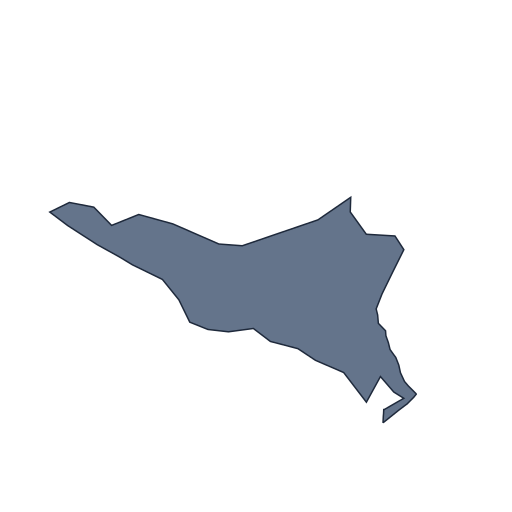 outline of Farmakas, Nicosia, Cyprus, rotated 296°
{"feature_id": "46923920B39374943744030", "entity_name": "Farmakas", "entity_type": "district", "adm_level": 2, "iso_a3": "CYP", "parent_name": "Cyprus", "parent_adm1": "Nicosia", "projection": "mercator", "projection_center": [33.141, 34.929], "detail": "fine", "context": "isolated", "style": "filled", "palette": "slate", "viewbox_px": 512, "rotation_deg": 296, "n_neighbors": 0, "source": "geoboundaries", "source_scale": "gbopen_adm2", "svg_char_len": 1006}
<svg xmlns="http://www.w3.org/2000/svg" viewBox="0 0 512 512"><g transform="rotate(296 256 256)"><path d="M205.1,51.4L200.8,73.4L196.6,108.3L195.3,133.4L193.9,148.8L193.9,182.2L182.8,205.9L167.5,225.5L168.9,245.0L175.8,264.5L189.7,285.4L185.5,306.4L191.1,334.3L188.3,355.2L189.7,385.9L173.0,419.3L202.2,420.7L194.2,439.3L194.1,439.7L192.9,451.2L173.8,438.3L173.8,438.2L170.1,439.8L168.5,440.4L166.8,441.1L161.7,443.3L161.8,443.3L179.6,451.7L179.8,451.8L187.9,455.9L189.1,456.6L193.5,458.1L198.1,459.7L200.8,460.3L202.0,460.6L202.4,460.2L206.0,449.8L208.3,444.5L214.4,437.0L220.5,432.2L226.1,426.1L227.6,423.2L228.9,420.8L230.7,417.5L236.2,412.9L241.3,407.7L245.6,405.2L249.1,395.5L256.3,391.2L259.9,388.2L260.3,387.9L261.1,387.2L277.2,385.9L300.8,385.9L326.5,386.1L334.9,372.1L323.9,345.6L336.9,321.4L350.3,315.4L344.8,312.3L315.6,295.8L289.6,269.7L259.2,239.2L250.5,217.4L248.4,167.2L241.9,132.4L220.2,112.8L228.8,88.8L222.3,64.8L205.1,51.4Z" fill="#64748b" stroke="#1e293b" stroke-width="1.5"/></g></svg>